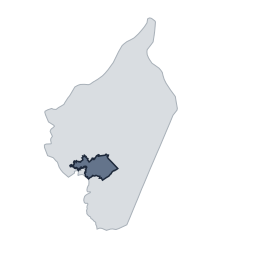 Homs, Homs (Hims), Syria (highlighted), rotated 326°
{"feature_id": "27442178B91557549439519", "entity_name": "Homs", "entity_type": "district", "adm_level": 2, "iso_a3": "SYR", "parent_name": "Syria", "parent_adm1": "Homs (Hims)", "projection": "orthographic", "projection_center": [36.55, 34.443], "detail": "fine", "context": "in_parent", "style": "filled", "palette": "slate", "viewbox_px": 256, "rotation_deg": 326, "n_neighbors": 0, "source": "geoboundaries", "source_scale": "gbopen_adm2", "svg_char_len": 6548}
<svg xmlns="http://www.w3.org/2000/svg" viewBox="0 0 256 256"><g transform="rotate(326 128 128)"><path d="M49.2,95.3L51.1,95.5L55.2,98.0L55.8,97.9L57.1,94.7L58.2,93.6L60.7,92.6L61.5,87.4L62.6,86.4L64.0,85.9L66.2,85.8L68.0,85.4L68.1,84.5L65.5,78.5L65.8,77.0L67.0,70.9L67.8,68.5L68.6,67.7L71.5,68.0L75.6,69.1L76.7,70.8L78.8,72.4L81.8,72.2L85.3,72.5L88.0,72.6L90.2,71.5L95.1,69.4L97.5,68.7L99.7,67.7L106.8,64.3L109.7,64.5L111.6,64.9L113.1,65.4L116.5,67.6L119.3,69.9L121.3,70.5L124.8,70.4L129.8,70.7L136.0,70.5L139.6,69.8L144.2,68.5L152.4,65.5L163.0,59.4L169.2,56.4L171.9,56.0L175.4,55.8L179.0,56.3L183.1,56.7L184.9,56.5L189.3,55.8L194.9,54.3L198.4,53.2L202.6,51.4L205.1,48.7L205.9,48.4L207.1,48.8L207.6,48.9L208.8,50.3L210.1,54.0L210.2,54.5L210.0,55.5L207.4,58.8L203.8,63.2L201.3,66.0L196.9,70.7L193.5,71.9L187.7,73.8L186.3,75.4L184.9,78.0L184.2,81.5L184.1,83.7L184.1,87.7L185.7,91.8L187.2,95.8L187.5,98.4L187.5,101.1L186.4,103.9L185.2,107.8L184.6,112.2L184.5,120.4L184.8,127.3L184.8,128.4L182.5,133.4L179.9,139.3L178.6,140.6L172.4,142.6L165.7,147.1L158.1,152.0L151.2,156.5L144.0,161.2L136.4,166.0L131.0,169.5L123.8,174.1L117.1,178.5L110.4,182.9L105.2,186.2L97.4,191.5L92.8,194.5L86.0,199.0L80.0,203.0L72.9,207.6L64.0,206.2L61.2,205.4L58.9,203.2L57.2,202.1L52.9,200.8L50.3,196.7L48.6,195.2L45.8,194.5L47.1,191.9L47.3,190.1L48.5,188.0L47.8,186.6L47.4,183.6L46.9,182.9L46.7,182.1L47.1,181.2L47.0,180.2L46.5,179.8L46.3,178.3L45.9,177.2L46.1,175.8L46.7,175.0L47.4,173.3L48.1,172.8L49.3,171.8L49.6,170.7L50.7,169.6L52.1,168.8L52.4,168.0L52.2,167.6L50.8,166.9L50.1,165.5L50.8,163.4L51.2,162.8L52.1,161.8L54.0,160.4L55.5,160.1L56.8,160.1L58.9,160.3L60.6,160.5L61.1,160.1L61.0,159.7L58.9,158.4L58.8,157.5L59.3,156.4L60.8,154.8L62.6,153.6L63.5,153.4L65.5,150.9L66.7,148.2L64.7,141.6L63.4,140.6L61.4,139.7L60.2,139.5L60.1,139.1L61.7,137.4L62.8,136.0L61.6,134.6L59.3,134.0L58.5,135.4L55.6,135.5L51.1,135.5L49.2,128.5L48.9,125.5L49.0,122.0L50.4,116.9L49.8,114.5L49.7,113.0L49.4,110.8L45.9,106.0L47.9,97.4L49.2,95.3Z" fill="#d9dde1" stroke="#a8b0b8" stroke-width="1"/><path d="M93.3,155.9L93.8,155.8L95.4,156.0L96.9,155.9L95.6,148.1L94.5,142.1L94.6,141.7L94.6,141.1L94.7,140.7L94.7,140.2L95.9,140.2L96.1,140.0L96.6,139.5L96.2,139.2L95.5,139.0L95.5,138.9L95.4,138.4L95.4,137.9L95.3,137.6L94.9,137.4L94.5,137.5L93.9,137.8L90.1,135.9L88.7,135.3L87.7,135.0L87.6,134.8L87.6,134.5L87.8,134.4L88.1,134.5L88.3,134.4L88.7,134.7L88.9,134.7L89.0,134.4L88.4,133.5L88.1,133.6L87.5,133.7L87.2,133.6L86.9,133.5L86.7,133.5L86.5,133.8L86.3,133.8L86.3,133.6L86.0,133.6L85.9,133.7L84.8,134.2L84.4,134.4L83.9,134.5L83.3,134.3L83.1,134.5L83.1,134.8L83.0,135.0L82.4,135.0L82.2,135.1L81.9,134.9L81.7,134.7L82.0,134.3L82.2,133.9L82.2,133.7L81.9,133.3L81.7,133.3L81.6,133.2L81.4,133.1L81.2,133.4L81.1,133.5L80.6,133.6L80.3,133.5L80.0,133.6L79.9,133.7L79.9,134.1L79.7,134.2L79.4,134.1L78.9,134.2L78.5,134.1L78.1,134.3L77.6,134.4L77.3,134.5L76.8,134.4L76.7,134.3L76.7,134.1L76.8,133.9L76.8,133.7L76.7,133.4L76.8,133.0L76.8,132.4L76.5,131.8L76.6,131.7L77.6,131.1L77.5,130.8L77.3,130.3L76.9,129.9L76.9,129.7L76.9,129.4L76.7,128.9L76.9,128.7L76.9,128.2L77.2,128.1L77.0,127.8L76.6,127.6L76.8,126.7L76.6,126.2L76.4,126.4L76.4,126.6L76.4,126.8L75.9,126.9L75.5,127.0L75.3,126.6L75.1,126.2L74.9,126.0L74.8,126.5L74.7,126.8L74.2,126.8L73.3,127.1L73.2,127.1L73.4,127.5L73.2,128.0L72.9,128.9L72.7,129.2L70.6,129.3L70.4,129.2L69.6,129.7L69.3,129.5L69.4,129.3L69.3,129.0L69.2,128.8L68.3,128.6L68.1,128.3L67.9,127.9L67.9,127.7L67.7,127.7L67.4,127.3L67.1,127.2L66.9,126.8L66.9,126.3L66.4,126.4L66.4,126.5L66.5,126.7L66.4,127.0L66.0,127.3L66.0,127.2L65.9,127.1L65.9,126.7L65.7,126.6L65.6,126.3L65.0,126.3L65.1,126.1L65.5,125.8L65.4,125.5L65.2,125.4L64.7,125.4L64.7,125.5L64.3,125.7L64.2,125.8L64.2,126.0L64.2,126.3L63.8,126.4L63.6,126.4L63.6,126.8L63.6,127.1L63.7,127.6L63.4,127.8L63.1,127.8L62.9,127.9L62.7,128.0L62.7,127.9L62.5,128.0L62.3,128.1L62.2,128.2L62.0,128.4L61.9,128.3L61.6,128.5L61.5,128.1L61.1,127.8L61.0,128.0L60.8,128.4L60.5,128.4L60.5,128.2L60.4,128.2L60.5,127.9L60.3,127.5L60.2,127.5L60.2,127.4L60.1,127.5L60.0,127.3L60.1,127.2L59.9,127.2L59.7,127.1L59.6,126.9L59.4,126.8L59.5,126.6L59.4,126.6L59.0,126.6L59.0,127.1L58.6,127.5L58.6,127.9L58.7,128.0L59.2,128.2L59.3,128.2L59.5,128.0L59.6,127.9L59.7,127.7L60.1,127.6L60.2,127.8L59.8,128.2L60.1,128.3L60.1,128.6L60.3,128.8L60.4,128.7L60.5,129.0L60.6,128.9L61.0,128.7L61.3,128.7L61.0,129.0L60.9,129.2L60.8,129.6L61.0,129.7L61.2,129.8L61.3,130.0L61.2,130.3L61.4,130.6L61.1,131.0L61.2,131.3L61.5,131.2L61.7,131.9L61.7,132.0L61.9,132.2L62.1,132.1L62.3,131.7L62.8,131.7L62.9,131.8L62.8,132.1L62.9,132.3L63.0,132.4L63.2,132.2L63.3,132.4L63.2,133.0L63.7,133.2L63.7,133.3L63.7,133.5L63.3,133.6L63.2,133.8L62.9,134.1L62.9,134.3L63.1,134.7L63.1,135.5L63.4,135.4L63.4,135.1L63.5,135.0L63.9,135.1L64.1,135.3L64.3,135.4L64.2,135.2L64.3,135.1L64.5,135.2L64.7,135.5L64.8,135.5L64.9,135.4L64.8,135.2L64.8,134.8L65.0,134.9L65.0,134.5L64.9,134.5L64.8,134.4L64.9,134.2L64.7,134.1L65.0,134.2L65.0,134.3L65.3,134.4L65.1,134.5L65.3,134.7L65.5,134.4L65.4,134.6L65.5,134.8L65.5,135.0L65.8,134.9L65.9,134.7L66.1,134.8L66.2,134.7L66.4,134.6L66.5,134.7L66.8,134.5L67.0,134.5L67.1,134.4L67.3,134.4L67.4,134.2L67.5,134.3L67.6,134.5L67.6,134.8L67.6,135.0L67.2,135.1L67.0,135.3L66.9,135.4L67.0,135.6L67.3,135.6L67.6,135.5L67.8,135.7L67.9,135.8L68.1,135.8L68.3,135.8L68.4,135.6L68.7,135.7L68.9,136.3L69.1,136.4L69.4,136.4L69.4,136.2L69.6,135.6L69.7,135.4L69.8,135.3L70.0,135.5L70.6,135.5L71.0,135.7L71.0,135.8L71.1,136.1L71.6,136.2L71.6,136.3L71.8,136.5L71.9,137.3L70.9,137.4L71.0,137.9L70.5,138.3L70.4,138.5L69.8,138.5L69.4,138.7L69.5,139.2L69.4,139.5L69.2,139.5L69.0,140.1L68.8,140.1L68.7,140.0L68.6,139.9L68.7,140.1L68.6,140.3L68.4,140.4L68.2,140.3L68.1,140.5L68.1,140.8L67.7,140.6L67.3,140.8L67.2,141.1L66.8,141.2L66.8,141.6L66.7,141.7L66.7,142.6L66.4,143.0L66.2,143.2L66.0,143.8L66.0,144.0L65.8,144.3L65.8,144.5L66.1,144.8L66.1,145.1L66.2,145.3L66.3,145.3L66.6,145.4L66.9,145.4L67.1,145.5L67.2,145.8L67.0,146.1L66.5,146.5L66.8,147.3L66.8,147.9L66.8,148.1L67.2,148.2L68.8,147.8L69.6,148.1L70.4,148.0L71.0,148.0L71.3,147.8L71.9,147.6L72.1,147.6L72.1,148.1L72.8,148.2L72.9,148.3L73.0,148.7L73.5,149.1L73.8,149.3L74.2,149.3L74.4,149.3L74.9,149.3L75.5,150.0L76.0,151.0L76.6,151.6L77.6,152.3L77.1,152.9L76.2,153.6L76.7,153.9L77.1,154.1L77.4,154.5L78.0,154.5L77.7,156.4L77.7,157.0L82.4,157.0L85.2,157.2L87.7,156.4L88.4,156.5L89.2,156.0L90.0,155.6L91.8,155.4L92.5,155.4L92.8,155.5L93.1,155.6L93.3,155.8L93.3,155.9Z" fill="#64748b" stroke="#1e293b" stroke-width="1.5"/></g></svg>